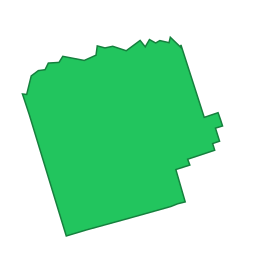 the district of Washington, Indiana, United States of America, rotated 343°
{"feature_id": "52423323B26217734991778", "entity_name": "Washington", "entity_type": "district", "adm_level": 2, "iso_a3": "USA", "parent_name": "United States of America", "parent_adm1": "Indiana", "projection": "robinson", "projection_center": [-86.055, 38.601], "detail": "fine", "context": "isolated", "style": "filled", "palette": "green", "viewbox_px": 256, "rotation_deg": 343, "n_neighbors": 0, "source": "geoboundaries", "source_scale": "gbopen_adm2", "svg_char_len": 649}
<svg xmlns="http://www.w3.org/2000/svg" viewBox="0 0 256 256"><g transform="rotate(343 128 128)"><path d="M50.7,49.9L40.9,66.3L37.0,64.6L37.5,86.2L37.4,183.5L37.4,213.2L58.5,213.3L103.2,214.6L146.1,215.6L153.4,215.0L161.1,215.4L161.6,181.7L176.3,181.5L175.9,175.3L204.4,174.6L204.4,167.6L211.7,167.4L211.6,153.7L219.0,153.7L218.9,146.9L218.6,139.7L204.0,140.1L202.9,64.0L202.0,66.2L195.0,53.6L192.2,58.4L184.0,53.7L179.3,54.8L174.4,49.7L168.2,55.4L165.2,47.8L148.9,53.6L137.3,45.4L129.4,44.7L122.6,40.5L118.7,49.0L105.9,50.6L86.6,40.4L81.2,45.1L70.8,42.6L65.7,48.0L59.0,46.9L50.7,49.9Z" fill="#22c55e" stroke="#15803d" stroke-width="1.5"/></g></svg>